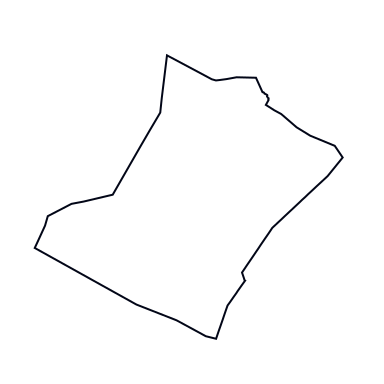 the district of Gurvantes, Ömnögovi, Mongolia, rotated 302°
{"feature_id": "93677404B48845282063548", "entity_name": "Gurvantes", "entity_type": "district", "adm_level": 2, "iso_a3": "MNG", "parent_name": "Mongolia", "parent_adm1": "Ömnögovi", "projection": "equal_earth", "projection_center": [101.209, 43.334], "detail": "fine", "context": "isolated", "style": "outline", "palette": "ink", "viewbox_px": 384, "rotation_deg": 302, "n_neighbors": 0, "source": "geoboundaries", "source_scale": "gbopen_adm2", "svg_char_len": 1528}
<svg xmlns="http://www.w3.org/2000/svg" viewBox="0 0 384 384"><g transform="rotate(302 192 192)"><path d="M118.1,96.1L95.1,82.5L85.6,85.2L67.0,87.6L61.2,88.3L67.1,204.5L75.0,246.9L76.3,268.1L77.0,280.1L80.3,290.2L88.8,288.2L94.6,286.9L100.3,285.6L104.9,284.5L110.1,283.3L114.6,282.3L118.9,282.6L125.1,282.9L129.9,283.2L130.0,283.2L131.7,283.2L139.1,283.6L145.0,284.0L145.0,283.6L145.1,283.2L146.2,282.0L150.2,277.1L159.2,277.4L168.8,277.8L174.6,278.0L179.6,278.2L183.9,278.3L191.2,278.6L197.5,278.9L204.2,279.1L212.1,281.2L215.0,282.0L221.2,283.6L227.2,285.2L234.3,287.1L241.1,288.9L243.6,289.5L247.8,290.7L251.9,291.7L255.1,292.6L262.7,294.6L270.0,296.6L277.4,298.6L278.2,298.7L285.5,299.6L292.9,300.5L296.0,300.9L301.1,301.5L306.8,288.6L302.4,262.4L302.3,246.4L305.4,226.3L304.9,218.3L305.0,212.2L305.0,208.5L310.4,208.2L310.6,207.9L310.8,207.8L310.9,207.7L311.1,207.7L311.4,207.7L311.5,207.7L311.8,207.4L312.1,207.2L312.1,206.8L312.1,206.6L312.1,206.4L312.3,206.1L312.4,205.9L312.6,205.4L312.8,205.0L312.9,204.9L313.0,204.9L313.5,204.8L313.8,204.7L314.0,204.6L314.1,204.4L314.1,204.1L314.1,203.6L314.1,203.1L314.0,202.7L314.0,202.3L313.9,202.0L313.9,201.6L313.9,201.4L313.9,201.2L314.0,201.1L314.2,200.9L314.3,200.7L314.4,200.4L314.4,200.1L314.4,199.8L314.3,199.6L314.3,199.4L314.1,199.2L314.0,198.9L322.8,185.7L312.9,169.0L306.0,161.4L301.6,156.1L299.3,153.2L298.1,149.1L294.6,98.4L255.6,116.6L242.5,123.0L222.2,123.5L203.5,124.1L147.7,126.2L126.5,105.2L118.1,96.1Z" fill="none" stroke="#020617" stroke-width="2"/></g></svg>